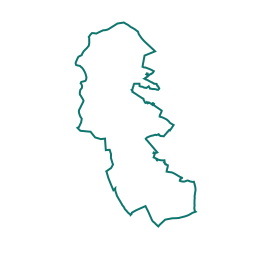 Kumbotso, Kano, Nigeria (Albers equal-area conic projection), rotated 73°
{"feature_id": "59680162B97880726687240", "entity_name": "Kumbotso", "entity_type": "district", "adm_level": 2, "iso_a3": "NGA", "parent_name": "Nigeria", "parent_adm1": "Kano", "projection": "albers", "projection_center": [8.511, 11.918], "detail": "fine", "context": "isolated", "style": "outline", "palette": "teal", "viewbox_px": 256, "rotation_deg": 73, "n_neighbors": 0, "source": "geoboundaries", "source_scale": "gbopen_adm2", "svg_char_len": 5449}
<svg xmlns="http://www.w3.org/2000/svg" viewBox="0 0 256 256"><g transform="rotate(73 128 128)"><path d="M195.7,88.3L195.7,89.0L195.7,89.9L195.5,90.6L195.0,91.8L194.3,93.1L194.1,93.3L193.6,93.9L193.3,93.7L193.2,93.6L192.9,93.5L192.7,93.3L192.1,92.8L192.0,92.7L191.9,92.5L191.8,92.2L191.9,91.8L191.8,91.7L191.8,91.4L191.7,91.1L191.4,90.9L191.0,91.3L190.8,91.6L190.5,92.0L188.4,94.0L186.9,95.3L185.8,96.3L184.9,97.2L184.1,98.1L183.8,98.4L183.0,99.5L182.4,101.1L181.0,103.8L179.6,103.2L178.8,102.7L177.9,102.1L176.6,101.3L176.4,101.3L176.2,101.2L175.3,100.8L174.6,101.8L173.6,102.9L173.1,102.6L172.8,103.0L171.5,103.5L171.3,102.9L169.5,102.6L169.2,104.1L168.1,106.8L167.8,107.3L167.0,108.4L166.6,108.8L167.0,109.2L167.5,109.5L167.4,109.8L166.0,110.1L165.6,109.8L163.6,112.1L160.5,109.9L159.5,111.0L158.9,110.5L160.0,109.1L159.9,107.1L145.4,113.4L144.6,113.9L143.5,114.2L143.3,113.8L142.7,112.8L142.3,109.5L142.3,107.6L142.5,106.2L142.4,104.0L143.1,103.0L143.0,101.7L143.0,101.1L142.9,100.5L143.6,100.2L144.1,100.3L144.5,99.7L144.9,99.4L145.1,99.3L145.4,98.6L146.4,96.2L146.2,96.0L145.2,94.5L145.2,94.4L144.7,93.6L144.2,92.7L143.4,91.7L143.4,91.3L142.8,90.6L141.9,89.1L142.6,88.6L141.2,86.8L140.7,86.2L138.5,83.5L137.3,84.6L136.7,85.2L135.3,86.4L133.0,87.3L132.6,87.7L131.6,88.2L130.2,89.5L128.0,91.9L126.9,93.6L126.3,94.4L124.9,93.6L121.8,90.9L121.2,90.7L113.6,96.8L112.9,96.2L112.6,96.0L111.4,96.9L111.6,97.7L111.7,98.1L112.4,98.3L111.7,98.8L109.7,100.5L109.9,100.8L110.0,100.9L110.1,101.1L110.1,101.4L110.0,101.5L110.1,101.8L109.6,101.9L109.6,102.1L109.6,102.3L109.1,102.5L109.0,102.3L108.7,102.4L109.1,103.3L109.2,103.8L109.0,104.0L108.6,104.3L108.4,104.4L108.1,104.4L107.5,104.5L106.8,104.5L106.5,104.6L106.1,104.7L105.8,104.8L105.2,104.8L104.8,104.8L104.5,104.7L103.2,106.0L100.2,108.6L99.3,109.3L98.1,110.3L95.4,112.6L94.7,113.2L94.2,112.8L92.6,113.4L92.5,112.9L92.4,112.6L91.8,112.1L91.5,111.9L90.7,111.5L89.8,110.7L88.3,109.9L87.9,109.6L87.5,109.1L89.0,104.1L91.3,104.7L92.1,103.7L92.5,102.8L92.7,102.3L93.3,101.6L93.8,101.0L94.0,100.9L94.2,100.6L94.3,100.3L94.4,100.1L94.6,99.6L95.1,98.7L95.0,98.4L94.7,97.7L94.7,97.4L94.6,97.1L94.5,96.7L94.2,96.0L94.7,95.9L95.2,95.8L96.0,95.5L96.7,95.5L97.5,93.8L98.1,92.9L98.2,92.5L98.2,92.1L98.5,91.3L98.9,90.5L99.2,90.0L99.6,89.4L99.9,88.9L100.3,88.0L99.9,87.3L99.7,86.9L99.2,86.5L98.5,86.8L97.7,86.9L97.1,87.1L96.4,87.3L96.4,87.5L95.2,87.8L94.8,87.9L94.7,87.8L94.2,87.8L93.2,90.3L92.7,90.4L92.2,91.1L91.5,91.6L91.3,91.8L91.3,92.0L90.3,93.0L88.6,94.7L88.2,95.0L86.8,96.6L86.8,96.8L86.1,97.4L85.8,97.7L85.8,97.2L85.7,96.7L85.1,96.7L85.0,96.2L84.9,95.8L84.9,95.4L84.7,94.9L84.6,94.4L84.2,94.4L84.1,94.2L83.7,94.2L83.7,93.9L82.8,94.2L82.7,94.0L82.0,94.8L81.4,94.0L82.1,93.6L82.0,93.3L83.3,93.2L83.9,93.0L83.3,91.8L83.1,90.9L83.0,90.6L83.2,90.4L83.1,89.9L82.8,89.1L82.6,88.8L82.3,88.0L82.2,87.7L81.7,87.3L81.5,87.0L81.2,86.7L79.2,88.7L78.8,89.1L78.0,90.1L77.6,90.5L77.2,91.1L75.8,92.9L75.3,93.5L74.7,95.1L74.3,95.5L73.7,96.2L72.2,95.5L63.6,91.0L63.5,89.7L63.3,87.6L63.0,84.3L62.6,79.7L62.2,79.9L60.3,80.9L58.7,81.9L55.4,83.8L52.5,85.5L50.6,86.6L49.3,87.3L46.0,88.8L42.6,89.9L40.9,90.3L38.8,90.3L35.6,92.6L33.4,94.6L32.5,95.6L29.1,98.1L28.3,99.0L26.0,101.1L25.9,101.2L25.9,101.3L25.0,107.5L27.8,117.9L27.9,119.1L27.8,120.5L27.7,121.6L27.3,123.2L27.7,126.3L28.4,130.7L27.3,133.0L26.7,134.8L27.8,136.7L28.7,137.8L29.4,138.9L30.9,138.8L32.4,139.4L33.4,139.6L35.4,140.2L37.8,141.4L38.3,142.1L39.7,144.2L40.3,145.5L41.0,146.7L41.6,147.9L42.4,148.7L43.0,149.5L43.8,150.2L44.7,150.9L45.0,152.2L45.1,153.4L45.6,154.9L46.9,156.1L48.3,157.3L49.9,158.7L51.0,159.2L52.5,159.2L53.0,158.5L53.4,158.0L54.2,156.5L54.6,155.8L55.5,155.3L57.2,154.2L59.3,153.5L60.7,153.2L61.9,153.0L63.1,152.8L64.5,152.8L67.4,152.9L69.3,153.8L70.4,154.9L70.5,156.5L70.3,158.0L70.4,159.4L71.4,160.2L72.9,159.6L74.8,159.7L76.2,160.4L76.6,160.9L77.0,161.6L77.7,162.5L79.3,163.4L81.1,164.1L82.5,164.1L83.7,163.6L84.6,163.5L85.4,163.2L86.6,162.9L87.8,162.7L88.8,162.5L89.8,163.1L90.1,163.4L91.1,164.4L91.8,165.0L93.1,166.3L94.8,167.8L96.2,169.3L97.0,169.7L97.5,170.1L98.1,170.2L99.5,170.4L100.6,170.4L102.9,170.3L103.9,170.0L105.5,169.5L107.4,170.4L109.1,171.3L109.9,172.1L112.7,174.6L113.1,176.3L116.7,174.4L119.7,167.2L120.6,164.9L127.4,162.2L130.7,157.2L131.4,153.1L142.7,155.7L143.5,151.9L148.1,151.9L149.3,152.3L151.6,153.1L157.0,153.1L158.5,153.0L161.3,155.8L163.1,161.4L164.1,161.3L169.8,161.4L175.1,161.0L183.2,160.2L182.0,157.9L182.5,158.1L184.0,158.4L184.8,158.5L187.6,158.4L189.7,158.4L191.3,158.0L192.2,157.8L193.1,157.6L195.9,156.9L197.2,156.6L198.9,156.2L199.9,156.0L200.2,156.0L201.2,155.5L203.0,154.9L203.8,154.9L204.4,154.8L204.7,154.7L205.4,154.3L206.5,153.8L209.2,152.6L210.1,152.0L210.7,151.5L211.4,151.0L211.9,151.0L211.3,149.8L210.1,149.1L209.0,144.0L207.8,134.1L210.0,133.8L213.1,133.2L223.0,132.0L224.5,131.6L226.6,130.2L227.7,129.7L231.0,127.8L229.8,126.0L226.5,119.2L227.3,112.0L228.2,108.8L228.9,105.7L229.0,103.3L229.2,99.1L229.1,96.7L228.8,94.6L228.0,91.2L227.8,87.8L227.5,88.0L227.2,88.2L226.6,88.3L225.6,88.3L224.8,88.1L224.1,88.1L223.7,87.9L223.2,87.7L222.6,87.4L221.2,86.9L220.7,86.7L220.0,86.7L219.0,86.3L218.1,86.0L216.1,85.4L215.1,84.9L214.0,84.5L213.5,84.5L213.1,84.4L210.4,83.2L209.4,82.7L207.0,81.5L206.0,81.3L204.7,81.0L202.6,80.8L201.7,80.8L198.7,80.7L198.3,82.4L197.9,83.0L197.5,83.8L197.2,84.3L196.8,84.7L195.9,85.9L195.6,86.5L195.6,87.5L195.7,88.3Z" fill="none" stroke="#0f766e" stroke-width="2"/></g></svg>